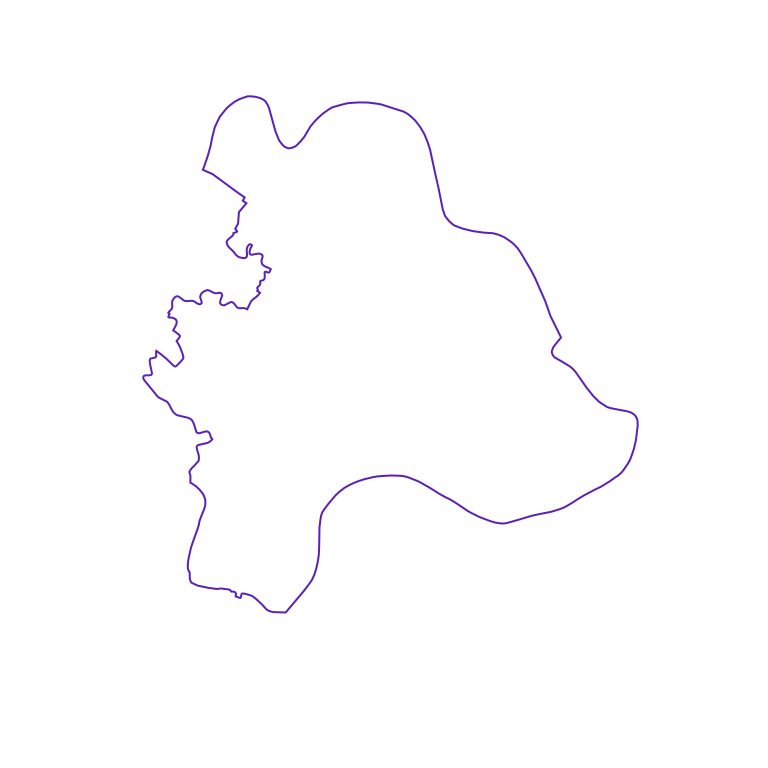 the district of Nam Sach, Hải Dương, Vietnam, rotated 113°
{"feature_id": "81297802B53771614429572", "entity_name": "Nam Sach", "entity_type": "district", "adm_level": 2, "iso_a3": "VNM", "parent_name": "Vietnam", "parent_adm1": "Hải Dương", "projection": "mercator", "projection_center": [106.346, 21.022], "detail": "fine", "context": "isolated", "style": "outline", "palette": "violet", "viewbox_px": 768, "rotation_deg": 113, "n_neighbors": 0, "source": "geoboundaries", "source_scale": "gbopen_adm2", "svg_char_len": 6166}
<svg xmlns="http://www.w3.org/2000/svg" viewBox="0 0 768 768"><g transform="rotate(113 384 384)"><path d="M172.4,621.8L175.3,625.2L178.9,628.9L182.7,631.9L187.1,634.4L191.6,636.6L201.7,639.5L207.7,639.9L213.6,640.1L224.7,638.4L232.5,636.7L242.2,635.4L252.6,634.6L257.6,634.4L257.8,623.7L264.6,595.1L266.7,585.2L270.5,585.6L271.3,581.3L282.5,584.7L292.1,581.4L293.7,581.0L299.2,581.6L300.9,578.8L301.3,578.8L302.0,579.4L304.0,581.6L304.9,581.2L305.5,581.1L306.6,581.3L311.7,583.9L313.1,584.4L314.6,584.4L316.1,583.5L317.5,582.2L318.7,580.2L320.9,574.5L323.0,570.6L323.7,568.4L323.9,567.1L323.3,563.3L322.8,562.0L322.2,561.0L321.4,560.4L320.8,560.2L319.7,560.2L318.7,560.5L314.8,562.5L313.0,563.1L311.9,563.3L310.2,563.2L308.5,562.7L308.0,562.3L307.6,561.7L307.7,560.5L307.8,559.9L308.1,559.6L311.6,559.9L314.7,559.4L316.4,558.6L316.9,557.7L316.9,557.0L316.7,556.2L313.2,550.9L312.7,549.7L312.6,547.1L312.9,546.4L313.6,545.7L315.2,545.3L317.8,545.1L319.2,544.6L320.6,543.6L321.6,542.5L322.3,539.5L322.2,536.0L322.5,533.1L325.3,533.1L326.1,533.3L326.6,533.7L326.8,536.7L327.1,537.2L327.5,537.4L328.2,537.4L330.9,536.1L332.6,535.4L333.8,535.2L334.7,535.3L335.5,535.7L337.5,538.0L337.9,538.1L338.8,537.8L339.6,537.1L340.7,537.0L341.3,537.0L342.6,537.4L344.4,538.2L345.3,538.2L346.7,536.7L347.9,537.0L348.4,533.8L350.9,534.4L353.9,535.7L356.8,537.4L359.8,538.6L362.1,538.8L368.7,539.1L368.6,541.6L369.4,543.9L370.8,546.7L370.9,548.9L370.8,549.5L369.1,552.4L368.3,553.9L368.1,554.8L368.0,555.9L368.3,556.7L369.0,557.6L372.8,560.7L374.1,562.0L374.4,562.9L374.5,564.7L374.2,565.6L373.8,566.3L372.8,566.8L370.0,567.4L367.6,567.4L365.5,567.6L364.5,568.6L364.0,569.5L364.0,570.3L364.3,571.1L365.3,572.6L366.2,574.2L366.5,575.5L366.6,576.4L366.2,581.8L366.5,583.1L367.0,583.9L369.5,586.2L371.2,587.1L372.3,587.5L374.0,587.5L375.2,587.4L376.1,587.0L379.7,583.9L380.4,583.5L381.2,583.6L381.8,583.9L382.6,584.7L382.8,585.5L382.9,586.4L382.7,588.3L382.2,590.4L382.2,592.0L382.3,593.1L384.7,597.8L385.2,599.1L385.3,600.3L385.1,601.8L384.5,603.9L383.9,606.7L383.8,607.9L384.2,608.8L384.6,609.5L385.7,610.3L387.2,610.9L389.7,611.3L391.0,611.2L393.7,610.0L395.7,609.0L397.0,608.8L398.0,608.8L398.8,609.0L401.2,610.1L402.8,610.3L403.1,608.9L406.1,608.8L406.6,608.7L406.8,608.2L406.6,607.1L405.8,605.3L405.6,604.1L405.8,601.2L406.4,600.2L407.5,599.2L408.8,598.8L410.2,598.5L413.1,598.6L417.0,599.0L417.8,595.4L418.8,591.7L419.4,590.7L419.9,590.5L421.0,590.5L425.6,591.7L427.4,589.0L429.7,586.2L434.8,581.3L437.6,579.2L438.3,578.9L439.4,578.9L441.7,579.5L447.8,581.8L449.1,582.5L449.4,582.9L449.6,583.4L449.6,584.0L448.8,586.3L445.6,594.7L443.4,602.4L442.5,606.5L443.7,606.3L446.7,604.8L447.5,604.5L448.0,604.5L448.9,604.8L451.8,608.8L452.5,609.0L453.3,609.0L455.2,608.3L457.4,606.9L464.6,601.9L465.3,601.6L465.9,601.6L466.6,601.9L467.3,602.8L468.2,604.4L468.8,606.1L469.6,607.4L470.2,608.1L470.9,608.3L471.6,608.3L472.4,608.0L473.3,607.3L474.5,605.5L483.8,587.9L484.4,586.2L484.6,584.1L485.0,577.8L485.2,576.5L486.1,574.9L487.6,572.9L489.6,570.5L492.0,567.4L492.7,565.7L493.3,564.0L493.5,561.8L491.7,551.5L491.7,549.4L492.0,547.6L492.5,546.3L495.0,543.4L501.0,538.4L501.8,537.5L501.8,535.9L501.6,535.0L501.0,534.1L499.3,532.1L497.5,529.8L496.9,528.7L496.7,527.8L496.9,526.4L497.6,525.3L498.5,524.3L500.9,522.4L501.8,520.5L502.3,520.5L504.1,521.3L505.8,522.3L507.0,523.2L512.5,530.8L513.2,531.5L513.8,531.8L515.4,531.8L517.5,530.4L519.5,528.7L522.0,526.7L524.7,525.3L527.1,524.6L533.6,526.8L536.7,528.1L539.6,528.8L541.1,528.8L543.4,526.9L544.4,526.2L550.6,523.6L550.7,521.6L551.5,517.4L553.4,512.4L555.9,507.7L557.6,505.8L559.9,503.7L561.6,502.7L564.4,501.5L568.6,500.7L578.9,500.5L582.2,500.3L586.2,499.4L589.5,499.0L605.4,498.1L610.0,497.7L618.0,496.3L623.2,495.2L627.2,493.9L630.2,492.6L631.8,491.4L632.9,490.0L633.7,489.1L638.9,486.8L641.2,484.9L642.1,483.7L642.4,477.1L642.3,476.2L640.9,469.4L640.5,466.9L637.9,457.4L636.0,454.4L634.0,447.4L633.8,445.9L633.9,444.8L634.7,443.8L634.7,443.2L634.1,441.9L633.8,440.6L634.0,439.4L634.9,438.2L635.4,438.0L637.2,437.8L637.5,437.3L637.2,432.8L636.9,432.5L636.5,432.4L634.1,432.9L633.0,433.0L632.4,432.8L631.7,431.4L630.9,426.4L630.7,423.8L630.8,421.8L631.6,418.6L634.5,410.4L637.2,404.6L637.8,402.1L637.6,398.6L637.0,396.2L632.7,385.2L606.1,377.0L597.9,374.9L592.6,373.8L587.1,373.6L581.3,374.1L574.0,375.4L566.9,377.2L558.6,380.3L541.4,387.3L534.9,389.2L530.0,390.4L526.5,390.7L523.0,390.1L515.8,388.3L505.7,385.2L501.1,383.2L495.3,380.0L491.3,377.0L487.6,373.8L483.2,369.4L479.1,364.6L473.8,357.4L471.4,353.6L465.7,342.3L462.6,334.4L461.3,330.6L460.5,326.0L460.2,314.9L460.5,311.1L461.7,300.9L463.4,290.6L464.2,283.2L464.5,277.7L465.2,272.4L468.2,257.1L468.6,253.3L469.1,245.1L469.0,239.3L468.7,232.9L468.1,227.5L466.8,222.3L465.5,219.0L464.0,216.6L457.1,208.0L447.6,196.5L443.1,190.2L436.6,180.6L430.7,173.5L427.7,170.4L424.8,168.0L420.3,164.7L414.2,160.6L408.4,156.4L398.6,148.4L394.1,144.4L385.7,138.4L379.5,134.6L377.1,132.9L373.0,130.9L368.7,129.7L362.0,128.4L357.8,127.9L351.3,128.2L345.7,128.7L337.1,130.2L323.2,134.2L318.2,136.6L315.7,139.1L314.6,141.2L313.8,144.5L313.8,147.0L314.2,149.8L317.7,166.0L318.0,169.9L316.4,178.9L313.2,186.9L308.3,196.0L298.1,212.3L296.2,216.4L295.1,220.2L294.2,226.2L292.9,236.5L292.7,237.9L292.0,239.1L290.2,241.2L289.1,242.0L287.9,242.4L285.7,242.5L284.0,242.5L281.0,241.8L272.0,239.2L256.4,257.3L244.8,267.9L227.3,286.5L221.5,293.5L209.7,309.5L206.6,314.4L205.0,318.1L203.8,321.5L203.1,324.4L201.9,330.6L201.8,336.4L202.6,342.5L205.7,351.4L208.5,361.7L210.2,371.8L210.6,381.0L210.3,382.8L208.5,388.1L205.5,393.4L200.5,398.0L181.6,410.9L173.5,416.8L150.1,433.3L144.6,438.1L141.0,441.6L137.8,445.0L132.9,451.7L129.2,458.4L127.3,463.5L126.1,467.8L125.6,472.5L127.8,496.1L128.8,500.4L131.2,508.7L134.3,516.4L136.7,521.4L139.9,527.4L143.6,532.4L149.7,539.9L153.1,542.3L158.6,545.7L163.6,548.1L168.5,550.1L175.4,552.3L187.8,554.0L193.0,555.5L198.6,557.7L200.7,559.1L203.0,561.6L204.4,564.0L204.5,566.1L204.4,568.6L203.4,571.0L200.8,575.7L193.9,582.6L174.5,598.0L172.3,600.5L170.2,603.4L169.5,605.7L169.2,609.6L169.8,614.3L171.1,618.6L172.4,621.8Z" fill="none" stroke="#5b21b6" stroke-width="2"/></g></svg>